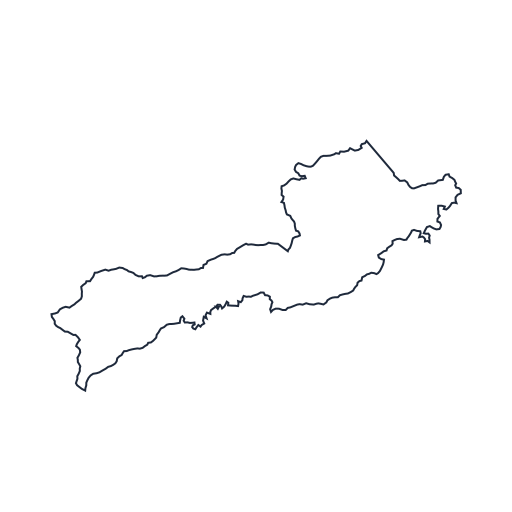 the district of Papanduva, Santa Catarina, Brazil, rotated 68°
{"feature_id": "56859067B63909066295209", "entity_name": "Papanduva", "entity_type": "district", "adm_level": 2, "iso_a3": "BRA", "parent_name": "Brazil", "parent_adm1": "Santa Catarina", "projection": "mercator", "projection_center": [-50.165, -26.513], "detail": "fine", "context": "isolated", "style": "outline", "palette": "slate", "viewbox_px": 512, "rotation_deg": 68, "n_neighbors": 0, "source": "geoboundaries", "source_scale": "gbopen_adm2", "svg_char_len": 5915}
<svg xmlns="http://www.w3.org/2000/svg" viewBox="0 0 512 512"><g transform="rotate(68 256 256)"><path d="M308.4,90.0L305.8,89.0L303.9,88.7L302.1,87.3L299.8,87.8L299.0,90.2L297.7,91.9L295.7,89.8L293.2,86.7L293.4,83.6L295.0,82.5L297.0,80.9L298.9,78.8L299.7,75.8L298.2,73.9L296.6,72.8L293.8,72.9L292.0,74.9L289.5,73.8L287.7,70.6L285.4,71.2L283.2,70.3L280.6,69.6L277.7,68.2L278.9,65.1L280.9,62.4L282.7,64.3L284.2,62.1L283.4,59.6L282.3,57.4L280.3,54.6L280.8,52.2L282.1,50.3L279.4,50.2L276.4,49.0L274.8,46.2L274.6,42.6L271.3,41.4L268.9,42.6L267.6,44.8L265.0,44.8L263.8,43.3L261.9,43.5L259.7,43.5L257.2,44.9L254.9,46.8L252.4,46.7L251.7,49.8L252.9,52.1L255.4,54.3L254.2,58.8L255.4,62.0L255.1,64.6L254.1,67.2L253.3,69.7L253.7,72.4L252.6,75.2L252.7,78.0L252.6,81.3L252.5,84.2L251.6,86.0L249.6,87.3L247.2,88.0L244.4,88.2L241.6,89.9L241.0,92.3L240.2,94.5L238.1,95.3L235.4,96.6L233.1,97.8L230.5,97.2L190.7,110.4L192.3,112.7L191.9,116.0L193.2,117.7L195.3,117.5L196.0,121.4L195.3,124.9L193.4,126.6L191.3,128.4L192.9,131.0L192.3,135.3L190.7,138.7L192.3,140.7L190.6,143.4L191.0,145.4L190.7,149.6L189.6,153.0L188.4,156.0L188.3,158.7L189.4,161.1L190.8,163.6L191.8,165.5L192.8,167.5L193.7,169.5L193.7,171.8L192.8,173.8L191.6,175.6L189.6,178.0L187.6,179.7L185.8,181.9L186.6,184.7L188.0,186.3L190.3,187.8L193.0,187.4L195.1,185.8L197.8,185.5L199.2,183.6L199.9,180.8L202.5,180.8L202.0,183.4L200.9,185.0L201.7,187.1L200.1,189.6L198.1,192.3L198.0,195.1L199.0,197.7L200.4,200.6L201.1,203.6L200.9,206.1L203.0,207.2L205.4,207.6L207.1,208.5L209.0,209.4L211.3,208.2L213.8,209.7L215.5,212.2L217.2,210.2L219.6,210.6L222.0,211.2L224.8,211.4L226.8,211.8L229.0,211.8L231.6,209.2L234.4,209.1L236.4,208.5L238.3,207.8L240.5,207.9L242.6,208.7L245.2,209.2L247.5,209.4L249.0,207.6L251.4,207.2L253.4,207.6L253.5,210.1L253.1,212.5L253.4,215.1L255.1,216.5L257.4,218.1L259.4,219.8L261.2,221.5L262.1,223.5L263.5,224.7L252.9,231.1L251.5,234.1L249.8,237.2L248.4,239.2L248.9,242.6L248.5,245.1L247.5,247.7L246.8,249.9L245.8,252.0L244.6,253.9L243.4,256.1L242.5,259.1L240.9,260.6L241.2,263.8L241.9,268.1L242.3,270.9L243.6,273.4L244.9,275.0L244.3,277.0L244.7,279.3L244.0,282.1L242.7,284.5L241.9,287.6L242.3,292.4L242.7,294.6L242.7,296.6L242.5,299.0L242.6,302.8L244.6,304.9L244.6,308.0L247.2,309.6L246.5,311.6L246.9,314.0L246.2,316.3L245.6,318.6L244.6,320.9L243.6,323.2L241.9,325.4L240.5,327.7L239.4,329.9L240.0,333.0L240.2,335.9L240.0,339.0L240.3,342.2L240.7,345.8L240.1,347.8L239.3,349.8L238.1,353.2L237.6,355.8L236.7,358.2L234.1,361.3L233.4,364.6L234.1,366.9L234.0,369.3L232.1,369.3L230.9,372.4L228.4,374.8L225.8,376.0L224.1,377.8L222.5,379.9L220.7,380.9L218.9,382.8L217.2,384.1L215.5,387.1L215.5,390.6L215.0,393.2L214.5,395.4L214.4,398.2L212.2,400.8L211.9,405.2L211.9,409.4L211.1,411.8L212.7,413.2L214.3,414.8L215.8,417.4L217.2,419.3L215.9,422.7L217.4,424.1L218.1,427.1L219.1,429.6L221.5,430.2L223.8,430.7L225.6,431.6L228.2,432.6L230.1,434.2L231.2,437.5L232.0,440.5L232.8,442.4L233.3,445.4L234.0,448.3L231.8,451.5L231.6,454.5L232.0,457.8L234.1,461.0L234.0,463.8L233.3,467.4L236.1,468.1L238.2,467.5L241.0,467.0L243.4,468.0L245.8,467.4L247.8,466.1L249.5,464.5L252.4,462.8L254.5,461.5L255.7,458.9L258.9,456.4L260.8,454.9L261.5,452.9L264.7,451.5L267.8,450.8L269.2,453.2L270.7,455.2L272.2,456.5L274.9,455.0L276.9,454.4L279.5,455.1L281.8,457.5L283.5,459.7L285.5,460.1L287.6,460.9L290.0,460.5L292.4,460.2L294.4,461.6L296.6,462.4L298.8,464.6L300.5,466.7L303.0,467.6L304.7,469.1L306.5,470.6L308.8,470.3L310.7,469.2L313.9,467.3L316.8,464.8L314.7,463.7L312.3,461.8L309.9,460.8L308.2,459.1L306.2,456.8L304.8,454.1L304.2,451.1L305.0,447.6L305.2,444.7L304.7,441.5L304.2,437.6L303.4,434.6L303.7,431.8L303.4,429.0L302.8,426.6L301.4,424.6L298.9,423.0L297.8,420.2L297.5,417.7L296.2,416.1L294.8,414.0L295.7,411.5L295.7,409.0L296.1,406.0L296.6,403.4L297.3,400.5L298.4,398.5L298.7,395.5L297.9,392.7L297.5,390.0L296.1,388.5L296.8,385.8L296.1,383.2L295.2,381.1L294.3,379.1L291.8,377.5L290.2,374.8L288.9,373.2L287.6,371.3L287.5,367.9L286.3,364.5L286.6,361.9L287.4,359.8L288.1,357.6L288.7,354.9L289.4,351.7L287.1,350.4L284.9,348.8L284.3,346.8L287.3,345.9L288.9,347.3L291.0,346.9L291.9,344.3L293.3,342.4L294.1,340.0L294.6,338.0L296.5,338.5L296.6,340.6L298.0,341.8L299.8,341.3L301.2,339.7L299.8,337.8L298.4,335.3L300.7,333.9L299.6,332.2L299.2,329.3L296.1,329.3L292.8,327.2L295.3,325.2L292.1,325.0L290.1,322.7L292.6,320.0L290.7,319.3L289.3,317.9L288.5,314.9L288.0,312.1L286.8,309.9L287.8,307.6L289.7,307.1L291.9,307.1L291.0,304.4L289.2,302.1L287.4,300.2L289.0,299.2L291.3,300.4L292.8,297.4L294.4,293.8L295.7,291.4L293.5,290.0L291.2,289.5L293.1,287.4L291.9,285.2L290.2,284.3L288.4,282.4L290.2,280.2L290.9,277.9L291.9,276.0L291.7,273.9L291.9,271.5L292.1,268.9L291.6,265.3L292.8,262.6L295.7,262.3L296.9,260.0L298.9,258.4L301.2,259.4L303.1,258.3L305.0,258.1L306.5,259.6L308.5,260.8L310.6,262.8L313.5,263.0L312.3,260.5L312.2,257.4L313.5,254.4L316.0,251.6L317.2,248.7L316.0,246.0L316.5,243.4L316.5,240.7L316.5,238.1L316.5,236.0L317.0,233.6L318.6,230.9L318.6,227.2L320.8,224.4L322.7,220.6L322.9,217.8L323.3,215.9L324.5,214.0L326.2,211.6L325.4,208.2L323.8,206.3L323.2,203.2L323.2,200.9L323.8,198.4L324.9,195.5L323.8,192.9L324.1,190.1L324.5,187.6L325.2,184.8L324.9,181.4L324.4,178.8L323.1,177.3L321.9,175.4L321.0,173.2L318.8,171.8L318.0,169.5L318.3,167.4L315.5,165.5L315.3,162.4L314.6,160.0L314.9,157.7L314.7,155.4L316.2,152.8L317.9,151.1L317.6,149.2L316.3,146.7L313.5,143.5L311.5,141.4L309.6,140.0L307.3,138.7L305.8,141.0L303.5,142.7L300.9,142.4L300.3,138.8L299.5,135.9L299.8,132.9L298.0,131.5L297.4,129.2L296.9,126.3L295.8,124.7L293.3,123.9L293.1,121.4L293.1,119.0L293.9,116.1L296.6,112.8L297.2,110.4L296.0,108.9L295.0,107.1L293.7,105.3L292.3,103.4L290.9,102.0L291.0,99.7L293.0,97.4L294.6,94.4L296.6,94.8L298.2,96.4L299.7,97.7L300.3,94.4L301.8,93.4L303.8,92.9L305.8,93.9L306.3,91.3L308.4,90.0ZM288.0,312.1L290.7,311.2L289.3,309.6L288.0,312.1Z" fill="none" stroke="#1e293b" stroke-width="2"/></g></svg>